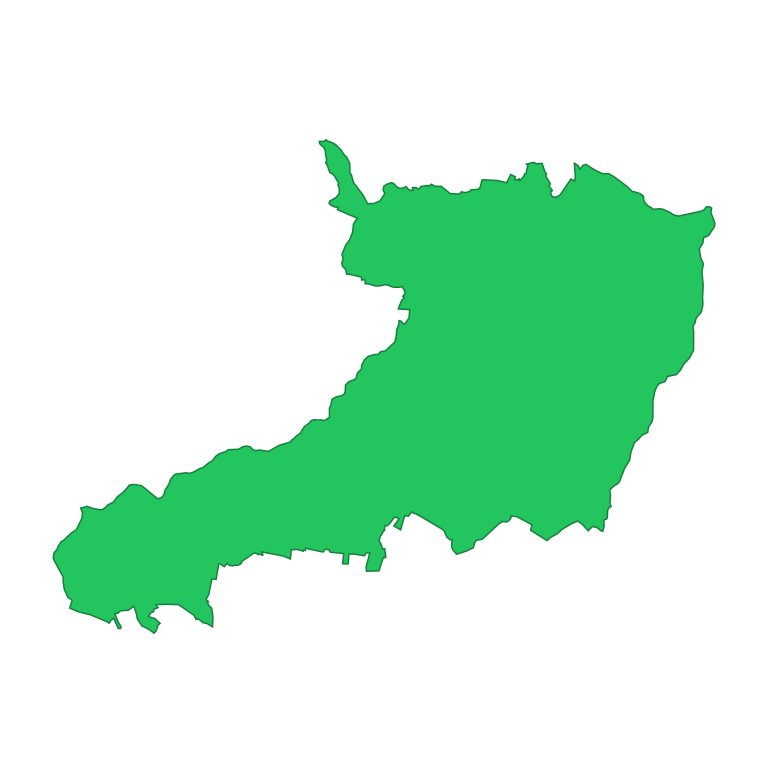 outline of Garbau, Cluj, Romania, rotated 269°
{"feature_id": "2599482B41163110615714", "entity_name": "Garbau", "entity_type": "district", "adm_level": 2, "iso_a3": "ROU", "parent_name": "Romania", "parent_adm1": "Cluj", "projection": "orthographic", "projection_center": [23.36, 46.847], "detail": "fine", "context": "isolated", "style": "filled", "palette": "green", "viewbox_px": 768, "rotation_deg": 269, "n_neighbors": 0, "source": "geoboundaries", "source_scale": "gbopen_adm2", "svg_char_len": 6123}
<svg xmlns="http://www.w3.org/2000/svg" viewBox="0 0 768 768"><g transform="rotate(269 384 384)"><path d="M554.3,714.7L555.6,712.1L555.4,709.1L553.4,707.9L551.5,705.4L546.7,681.3L547.9,676.8L550.8,672.5L554.1,665.2L554.4,662.9L554.0,656.2L556.0,653.9L557.0,651.6L560.4,648.3L563.1,647.0L567.1,646.7L568.6,645.2L570.0,643.2L571.8,637.6L571.9,635.8L577.4,630.3L587.2,617.6L590.3,612.4L590.6,605.7L594.1,598.7L600.0,589.9L599.4,587.0L595.4,583.8L599.1,581.8L601.4,578.2L587.5,578.9L583.7,578.1L585.6,574.4L570.1,563.5L567.6,559.5L568.0,559.1L567.8,557.0L568.8,555.3L570.8,554.2L573.1,554.2L574.5,555.7L578.9,552.6L581.4,553.8L588.4,549.7L589.4,549.4L591.0,550.2L594.0,548.4L601.1,546.2L601.9,545.6L601.5,540.7L603.0,537.3L601.3,530.3L600.2,531.7L591.4,529.5L591.6,528.2L588.6,527.1L585.1,523.2L586.7,522.8L585.9,521.7L586.2,518.1L589.0,518.9L591.2,514.3L583.1,510.2L585.5,500.8L586.5,486.0L585.7,485.3L579.3,483.7L577.1,481.9L576.5,474.0L575.3,473.6L574.0,469.4L574.1,467.2L574.9,464.6L573.4,464.1L572.6,461.2L573.3,453.4L580.6,444.7L580.8,438.5L582.9,434.9L582.8,434.3L581.2,433.1L581.7,430.4L580.8,424.2L579.5,423.7L578.6,422.3L578.7,420.8L579.6,419.8L580.0,415.9L577.0,416.0L577.1,414.1L578.2,411.6L581.0,409.6L579.2,405.5L579.6,402.5L581.4,399.6L583.6,397.9L585.2,395.3L585.1,394.7L583.5,389.9L581.7,387.2L578.1,386.5L574.3,388.1L567.1,383.2L564.7,377.3L564.6,370.7L573.7,366.1L586.0,357.0L593.8,355.0L595.5,353.7L605.0,353.6L610.8,351.0L614.6,347.6L618.4,345.5L624.3,339.7L626.1,336.7L627.7,332.1L629.2,330.4L627.6,328.3L627.7,323.5L625.3,324.0L622.5,326.7L622.1,327.8L618.3,329.3L608.6,330.5L606.0,329.5L605.9,330.3L596.7,333.4L595.9,334.0L595.6,335.5L592.6,338.2L585.7,342.2L584.2,341.4L579.4,342.8L575.0,342.5L571.2,339.1L567.7,332.9L565.7,332.2L564.0,333.6L562.0,337.3L561.5,341.0L559.1,340.4L550.3,360.2L544.6,356.3L536.3,355.2L529.1,352.4L523.4,348.1L514.2,344.2L510.8,345.1L508.8,345.1L505.9,343.9L502.8,344.5L498.7,347.9L494.5,348.6L494.3,351.3L491.3,363.3L488.3,363.4L488.6,365.9L488.1,367.0L484.6,366.9L484.4,369.9L482.0,377.7L482.3,382.0L483.3,386.9L482.8,389.8L480.9,394.0L480.6,396.1L480.4,400.4L481.0,403.5L478.1,405.7L474.1,406.9L471.4,404.2L469.9,405.8L467.3,403.1L458.8,399.6L457.9,410.9L449.8,410.3L443.5,405.7L445.0,403.0L446.5,402.4L447.1,400.1L444.6,400.2L437.7,397.6L431.9,397.1L425.8,395.6L417.0,385.7L416.3,381.1L413.7,378.8L413.6,374.3L411.8,368.6L408.6,364.9L402.9,361.9L399.5,361.8L395.7,357.7L390.5,356.3L389.0,354.6L387.0,349.1L383.8,345.5L377.3,345.1L374.8,344.1L373.1,341.7L371.9,335.9L369.6,331.7L363.7,330.5L360.8,329.0L351.7,328.9L348.8,324.6L348.6,322.5L349.2,320.8L349.0,317.3L349.6,313.6L348.7,310.6L346.2,308.5L342.9,303.7L336.1,299.3L332.9,294.6L331.0,293.0L329.6,290.7L327.6,289.3L324.5,278.2L318.6,267.3L320.1,258.9L319.7,253.9L320.8,251.6L323.6,249.0L324.4,245.4L323.7,241.8L321.3,237.2L321.0,227.0L319.3,225.0L317.1,217.9L314.5,214.3L310.4,211.2L308.2,207.3L303.5,201.5L302.8,198.6L299.0,191.4L298.1,188.1L298.7,184.2L297.5,174.2L296.3,172.1L292.3,168.9L287.6,167.2L281.8,163.3L277.2,162.0L274.8,160.2L274.0,158.7L273.2,155.7L286.6,139.8L287.8,133.4L287.8,129.1L286.8,126.9L284.8,125.7L279.9,120.8L275.9,115.5L270.5,111.2L267.9,105.8L265.1,103.0L263.5,100.2L263.1,98.7L264.4,91.4L266.8,85.3L265.3,78.6L260.4,80.2L255.5,79.8L243.8,74.0L240.5,68.8L232.9,60.5L231.9,58.4L227.6,55.5L223.9,53.9L221.8,51.8L219.5,50.7L216.0,50.3L213.6,51.0L196.7,59.8L191.2,59.8L184.2,60.8L176.1,64.3L173.3,68.4L165.4,65.9L161.6,74.5L158.4,86.2L151.0,103.3L149.9,104.4L149.7,105.2L152.7,106.9L154.4,109.7L144.4,114.0L144.0,115.7L144.7,116.7L146.4,116.6L150.3,114.2L159.0,110.9L159.5,114.0L161.8,116.7L162.3,124.5L166.2,130.1L157.6,132.7L153.5,133.2L146.3,137.7L144.7,141.4L143.4,143.0L143.2,144.2L138.8,149.7L140.9,151.7L145.2,153.5L146.4,153.2L148.6,156.0L153.5,150.7L155.1,145.7L156.0,144.6L160.0,147.5L160.1,149.6L163.1,150.0L163.8,153.1L164.4,154.1L167.4,152.0L167.5,163.7L167.0,174.6L155.8,190.4L154.1,190.7L153.1,192.2L152.0,191.8L151.8,195.2L148.4,198.9L147.6,202.9L144.2,208.3L153.9,208.9L162.9,207.8L165.6,205.0L168.7,203.6L169.2,204.7L170.2,204.1L170.8,202.7L171.8,202.3L176.5,205.1L192.0,208.5L191.6,212.7L206.9,215.6L206.9,217.3L204.1,221.1L207.4,223.9L205.1,226.6L205.3,227.6L204.6,229.4L205.4,230.1L205.2,234.8L207.3,238.5L208.8,238.3L217.5,251.4L216.3,254.5L215.6,254.9L216.0,257.1L214.9,259.2L215.2,260.0L218.9,258.5L218.2,259.2L213.6,280.9L210.6,287.4L219.9,288.3L220.1,294.2L218.3,300.4L219.2,300.6L218.9,302.4L221.1,302.8L217.1,319.7L217.2,320.4L219.8,322.2L220.0,323.0L219.1,326.0L216.8,327.3L215.2,340.7L205.0,339.5L204.7,345.0L214.6,346.0L214.4,351.5L212.6,361.6L215.6,363.3L215.3,366.8L201.3,362.9L197.1,363.2L197.3,375.7L210.6,380.3L210.3,382.4L210.8,382.8L219.4,381.8L219.2,379.6L223.6,378.4L227.5,376.3L232.0,377.7L233.5,379.1L237.5,381.0L237.4,382.0L240.9,382.1L242.6,382.8L242.1,384.7L245.2,388.0L250.2,391.6L250.7,393.6L249.0,396.7L241.9,391.4L237.9,398.1L252.1,402.4L251.4,406.1L255.8,409.6L254.3,411.2L253.7,413.4L249.6,420.6L236.8,441.2L229.7,444.2L226.9,447.7L227.0,449.6L223.8,448.9L219.4,449.0L217.0,450.0L212.5,453.6L215.6,463.7L218.7,470.4L223.7,471.9L226.1,473.6L227.0,479.5L242.2,496.4L244.5,500.5L243.8,503.9L244.9,506.1L247.6,508.6L250.0,508.4L249.0,514.7L240.7,529.5L235.1,528.1L224.6,544.3L227.6,547.7L231.5,555.0L235.3,559.1L240.8,568.6L243.7,575.2L240.1,580.0L233.7,585.6L237.9,590.0L236.7,594.5L233.3,598.6L233.0,600.1L237.8,601.6L243.3,601.5L244.5,602.0L244.9,603.8L246.1,604.9L253.9,605.4L256.7,607.2L257.6,609.0L260.6,607.8L268.6,608.6L272.8,607.9L274.7,608.4L278.0,612.1L280.5,616.3L282.5,617.9L295.9,623.3L303.5,628.2L311.9,629.8L321.1,633.4L324.4,637.5L328.3,641.0L331.0,646.8L336.7,647.9L341.7,651.4L346.1,652.3L362.4,652.6L371.0,654.4L376.9,656.7L379.7,659.3L381.4,665.0L386.6,667.6L388.3,676.4L392.9,680.8L398.4,683.8L404.2,689.5L412.2,694.1L431.6,694.5L436.3,693.8L439.8,696.1L444.4,697.2L450.8,702.7L458.2,704.3L464.6,704.0L477.0,704.9L491.1,703.8L498.5,705.5L504.6,702.9L513.4,701.6L519.5,705.3L524.8,706.1L526.1,709.8L527.4,711.6L535.4,717.0L538.9,717.7L549.8,713.8L554.3,714.7Z" fill="#22c55e" stroke="#15803d" stroke-width="1.5"/></g></svg>